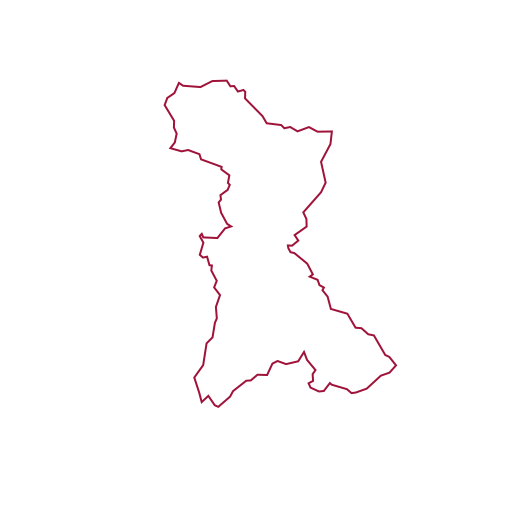 outline of Drugovo, Drugovo, North Macedonia, rotated 225°
{"feature_id": "65306769B99207835594431", "entity_name": "Drugovo", "entity_type": "district", "adm_level": 2, "iso_a3": "MKD", "parent_name": "North Macedonia", "parent_adm1": "Drugovo", "projection": "mercator", "projection_center": [20.907, 41.458], "detail": "fine", "context": "isolated", "style": "outline", "palette": "rose", "viewbox_px": 512, "rotation_deg": 225, "n_neighbors": 0, "source": "geoboundaries", "source_scale": "gbopen_adm2", "svg_char_len": 1717}
<svg xmlns="http://www.w3.org/2000/svg" viewBox="0 0 512 512"><g transform="rotate(225 256 256)"><path d="M310.0,233.3L309.9,230.3L302.6,228.2L296.6,217.1L292.4,217.4L290.1,220.9L282.4,216.6L280.5,218.1L277.3,214.1L266.2,210.7L263.4,204.2L253.8,202.9L248.3,191.6L239.6,184.2L237.8,179.7L229.2,167.7L229.2,159.3L216.2,141.5L213.7,126.4L199.5,119.2L191.1,114.3L190.8,123.4L179.6,121.3L176.0,122.7L174.9,138.3L176.7,144.2L174.7,160.9L171.7,164.3L171.0,173.1L164.0,179.7L168.3,191.5L166.5,197.0L158.3,200.8L151.7,211.4L154.2,222.1L146.4,218.6L133.3,217.4L132.4,212.5L127.3,208.0L128.8,203.2L124.4,201.5L115.7,204.7L112.6,208.5L113.9,218.4L111.5,218.5L97.6,226.1L91.5,226.6L88.9,230.0L83.9,240.5L83.1,259.7L79.1,267.9L79.7,277.7L90.4,278.9L94.6,277.4L116.5,283.2L121.3,280.0L130.4,279.5L134.9,275.7L150.6,279.8L165.6,271.5L176.6,277.9L184.8,278.8L185.7,281.7L190.5,280.3L195.6,282.7L203.4,279.4L202.8,283.2L214.3,286.8L230.9,285.2L234.3,283.1L238.7,284.4L240.9,286.0L237.8,288.8L237.0,296.8L243.5,298.1L241.0,312.6L246.5,317.8L253.4,320.3L255.1,347.1L258.6,357.1L276.6,368.6L282.5,387.8L290.4,397.7L300.4,387.4L309.7,384.6L314.8,373.5L323.0,371.4L326.3,366.4L330.8,366.4L342.3,357.4L350.3,359.5L375.2,359.7L379.7,364.5L382.3,364.5L385.1,359.5L391.7,360.7L394.1,357.9L400.7,359.3L410.6,348.8L414.7,336.2L428.0,324.8L432.9,323.9L428.9,313.5L430.5,305.1L427.3,298.1L409.5,293.7L404.9,288.8L398.6,286.4L393.7,278.9L392.8,271.7L382.6,277.4L379.0,282.9L368.0,288.0L363.2,285.5L343.3,294.7L341.8,292.7L331.9,294.2L327.5,287.8L324.9,287.8L322.8,282.7L324.2,273.9L320.6,271.1L320.3,267.5L311.2,261.9L299.2,258.3L294.5,259.3L297.4,253.7L296.0,241.4L306.4,231.9L310.0,233.3Z" fill="none" stroke="#9f1239" stroke-width="2"/></g></svg>